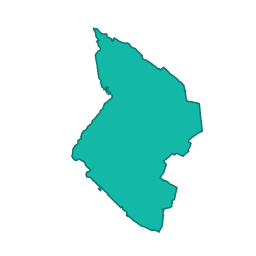 outline of Podenii Noi, Prahova, Romania, rotated 308°
{"feature_id": "2599482B3900560303357", "entity_name": "Podenii Noi", "entity_type": "district", "adm_level": 2, "iso_a3": "ROU", "parent_name": "Romania", "parent_adm1": "Prahova", "projection": "orthographic", "projection_center": [26.195, 45.112], "detail": "fine", "context": "isolated", "style": "filled", "palette": "teal", "viewbox_px": 256, "rotation_deg": 308, "n_neighbors": 0, "source": "geoboundaries", "source_scale": "gbopen_adm2", "svg_char_len": 5668}
<svg xmlns="http://www.w3.org/2000/svg" viewBox="0 0 256 256"><g transform="rotate(308 128 128)"><path d="M66.7,216.0L71.9,215.3L72.3,214.9L73.2,214.4L73.4,214.1L74.7,213.6L76.9,211.9L78.1,211.5L79.7,210.3L80.9,209.9L81.7,208.3L82.2,208.2L83.0,207.6L83.7,207.5L84.6,207.0L84.9,206.6L84.7,206.2L84.8,205.9L85.4,206.6L85.6,206.6L85.5,205.6L86.1,206.2L87.3,206.6L88.4,208.0L89.1,208.3L90.5,209.6L91.7,210.3L93.2,210.8L93.2,210.6L93.9,209.8L95.4,209.3L96.3,209.1L96.5,209.0L96.6,208.2L96.8,208.1L98.0,207.7L100.3,208.5L111.0,203.4L111.1,202.7L111.0,202.4L110.8,202.2L111.0,201.6L111.0,201.2L110.7,200.4L110.3,197.6L110.0,196.6L109.6,195.7L109.7,194.3L110.0,193.1L109.7,190.5L109.5,189.7L109.2,189.3L108.5,189.0L108.8,188.4L108.6,187.6L108.9,187.3L108.6,186.3L108.5,184.1L111.4,183.6L114.5,183.6L115.5,183.4L118.7,182.2L121.1,180.9L121.3,181.0L121.4,181.3L121.6,181.3L122.3,180.6L122.7,180.6L122.9,180.1L123.1,179.8L123.1,179.5L123.3,179.2L123.2,178.8L123.3,178.2L123.3,177.4L123.4,176.6L129.1,177.6L130.1,178.1L131.8,178.2L132.4,178.4L133.9,178.4L135.3,178.7L135.1,180.9L136.1,181.2L136.4,181.6L137.4,181.5L137.8,181.9L138.2,182.6L138.6,183.9L138.8,185.7L139.3,187.3L139.5,188.6L141.4,189.0L143.6,189.3L145.6,189.9L146.9,190.2L147.2,189.5L148.8,188.4L149.5,188.3L150.7,188.7L151.6,188.2L154.4,187.2L154.5,187.2L154.8,185.7L154.3,184.7L154.3,184.3L154.8,183.9L156.1,183.3L159.1,184.1L161.0,184.5L163.8,185.5L166.2,186.0L168.5,187.0L171.2,188.5L178.1,181.8L180.2,179.5L191.0,169.3L190.1,167.2L190.4,167.1L189.1,164.8L188.6,163.6L188.3,163.4L187.9,162.8L187.9,162.5L188.0,162.4L186.1,159.4L185.7,157.2L190.6,151.9L192.8,150.3L192.3,149.7L193.7,148.5L196.1,145.4L196.1,144.9L196.6,141.5L196.3,139.0L196.6,138.1L196.8,136.5L196.9,131.8L196.8,131.4L196.6,127.5L197.1,125.3L197.5,122.9L197.5,121.1L197.7,118.7L197.4,118.6L196.8,118.3L193.8,118.1L193.9,117.1L194.1,117.1L194.1,116.3L193.4,116.2L193.2,115.0L193.3,109.8L193.1,108.8L193.1,108.2L193.3,106.9L193.1,104.4L192.8,103.4L192.9,101.7L192.5,100.3L192.2,99.8L191.5,97.9L192.3,96.0L193.2,94.5L193.7,94.7L193.8,94.4L193.9,94.2L194.0,92.1L194.2,91.1L194.4,87.8L194.9,86.1L195.0,84.8L194.6,83.3L194.2,82.4L193.9,81.3L193.9,80.0L194.6,78.5L195.0,77.4L194.6,75.3L193.5,73.8L192.5,72.8L191.9,71.4L192.0,71.0L191.9,70.7L191.4,70.2L191.2,69.6L191.2,69.3L191.3,69.0L191.3,68.8L191.0,67.8L190.8,66.3L190.8,63.8L190.6,63.5L190.3,63.5L190.1,63.1L190.6,62.0L190.0,61.7L189.6,61.6L187.5,62.6L187.2,62.6L186.8,62.5L187.4,61.0L187.8,60.6L188.0,60.1L187.6,59.2L187.8,58.5L187.8,58.0L187.2,56.8L187.0,56.0L187.0,55.4L187.5,54.8L187.9,54.6L187.9,54.3L188.6,53.7L188.9,53.2L188.8,52.8L188.2,52.1L187.6,51.8L187.0,51.2L186.6,50.1L186.2,48.3L186.2,47.0L186.4,46.5L186.5,45.6L186.8,44.8L186.7,43.8L187.2,42.7L185.9,41.3L185.5,39.5L185.2,39.6L184.7,40.3L184.1,41.0L184.1,41.9L183.6,42.5L183.1,43.9L182.6,44.1L181.9,45.0L181.3,45.4L180.9,46.2L180.3,46.8L180.2,47.3L179.9,47.8L179.9,48.7L179.6,49.2L179.5,50.2L179.2,51.1L179.0,50.7L176.8,49.9L176.7,50.0L176.6,50.5L176.7,51.2L176.7,52.0L175.5,52.8L174.6,54.1L174.3,55.2L174.5,56.1L173.7,57.3L173.1,57.8L172.5,58.0L172.0,58.0L171.1,57.4L170.5,57.2L169.3,57.1L167.3,57.2L166.5,57.1L165.2,57.6L164.8,57.9L163.0,60.0L162.0,60.9L160.7,62.4L159.7,63.5L159.1,64.4L157.7,65.9L156.4,66.9L155.5,68.0L151.7,71.8L150.9,72.8L149.9,73.7L149.2,75.0L148.9,77.1L148.6,77.6L147.5,78.2L147.0,78.3L146.2,79.8L145.0,81.1L145.2,81.6L144.4,82.0L144.2,83.3L144.5,84.2L144.0,84.9L143.6,85.3L144.1,85.4L144.1,86.0L143.9,86.4L144.0,87.0L144.3,87.0L144.8,86.8L146.9,85.4L147.1,86.1L147.4,86.8L147.7,87.3L146.8,87.3L146.6,87.5L146.0,87.4L145.5,87.9L145.6,88.3L145.4,88.4L144.4,88.5L143.3,88.4L143.0,89.1L142.7,89.5L143.2,89.9L143.6,89.7L143.9,89.9L144.6,90.4L145.3,91.6L144.5,91.6L144.3,91.8L143.0,91.6L142.5,91.6L142.3,91.8L142.4,92.0L144.4,92.7L144.2,93.1L144.0,93.7L144.1,94.4L143.6,95.6L142.4,96.7L141.7,96.6L140.8,96.7L139.6,96.1L138.5,96.0L137.9,96.1L136.8,95.5L134.6,95.3L132.7,94.4L132.4,94.5L132.1,95.0L131.3,95.0L130.5,95.1L129.1,95.8L128.2,96.0L126.6,96.1L125.4,95.6L124.4,95.6L124.3,95.8L123.0,96.3L122.3,96.4L119.3,96.0L114.0,96.0L112.8,95.5L112.0,95.5L111.1,95.7L110.2,96.2L108.5,96.7L107.6,96.4L107.0,95.9L105.5,95.8L104.6,95.3L103.7,95.4L103.3,95.8L102.6,96.1L102.1,95.9L100.6,95.9L99.0,95.3L98.4,94.8L96.8,94.9L96.3,95.0L95.7,94.9L93.2,95.9L92.3,96.0L92.0,96.5L91.9,97.0L91.3,97.1L91.3,97.8L91.2,97.9L90.8,97.8L90.3,97.3L88.5,96.6L87.4,96.3L87.0,96.4L86.6,97.0L85.9,97.6L84.3,98.1L83.6,98.0L83.1,97.7L81.0,97.1L80.6,97.2L80.6,97.7L78.3,97.4L77.7,97.5L74.2,99.7L73.6,100.3L71.5,100.9L71.2,101.1L71.0,101.9L70.4,102.9L70.1,105.8L69.9,106.2L70.5,107.1L73.2,108.7L73.7,109.4L73.8,110.6L73.7,111.4L73.8,112.1L74.1,112.9L74.4,113.7L74.1,114.3L74.2,115.1L74.1,115.5L73.6,115.9L73.5,116.5L72.8,117.0L72.6,117.2L72.5,117.6L72.1,120.1L71.9,124.5L70.5,124.5L69.1,123.4L69.0,123.5L68.2,122.9L67.2,122.8L65.3,123.7L65.5,124.2L64.9,124.7L64.4,125.0L64.1,125.6L64.1,125.9L64.4,126.2L65.5,127.7L65.8,129.2L65.8,130.1L65.7,130.7L65.3,131.7L65.1,132.3L65.2,133.8L65.1,134.8L65.1,136.8L64.9,136.7L64.6,138.8L64.4,142.3L61.9,142.2L61.7,144.7L61.8,144.9L64.5,143.8L63.6,153.4L62.9,153.4L61.0,170.2L60.8,171.3L61.6,171.3L61.8,171.5L61.7,171.7L61.8,172.0L62.2,172.1L62.3,172.5L61.7,172.8L61.1,173.4L60.6,174.1L60.8,175.0L60.5,176.3L60.9,177.1L60.9,178.9L60.2,179.4L60.2,179.7L59.6,179.8L59.4,179.9L59.1,180.7L58.8,180.5L58.6,180.7L58.6,180.9L58.4,180.8L58.6,182.1L58.6,182.3L58.3,182.3L58.6,182.9L58.9,184.7L58.8,186.9L58.4,188.7L58.8,191.9L58.9,197.2L59.0,198.7L60.1,201.2L60.6,203.0L60.8,204.6L61.8,209.1L62.4,210.3L63.5,211.3L64.1,212.2L64.4,213.1L65.2,216.5L66.7,216.0Z" fill="#14b8a6" stroke="#0f766e" stroke-width="1.5"/></g></svg>